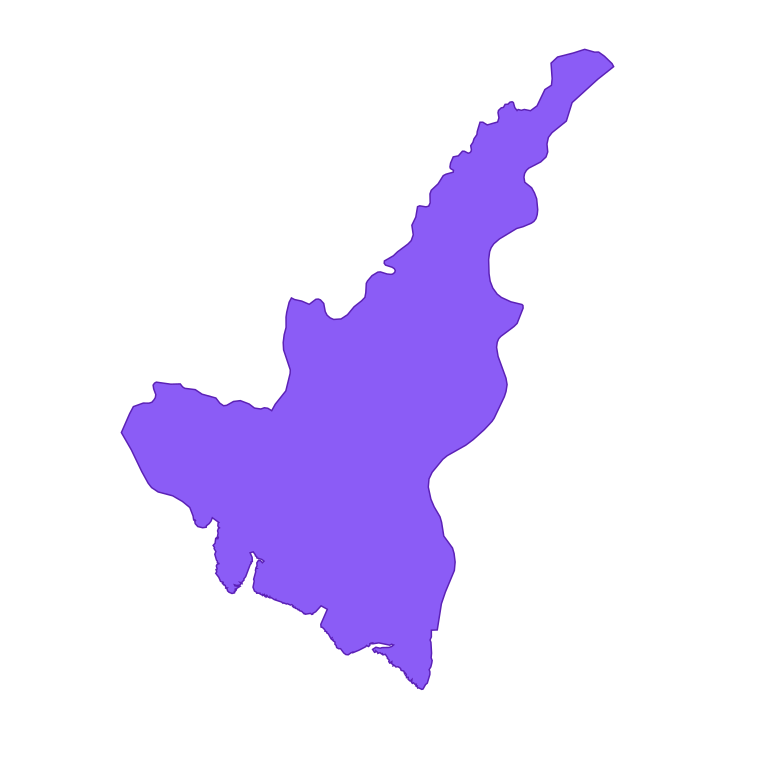 outline of Cotabato City, Cotabato, Philippines, rotated 263°
{"feature_id": "2640588B312406433782", "entity_name": "Cotabato City", "entity_type": "district", "adm_level": 2, "iso_a3": "PHL", "parent_name": "Philippines", "parent_adm1": "Cotabato", "projection": "orthographic", "projection_center": [124.192, 7.204], "detail": "fine", "context": "isolated", "style": "filled", "palette": "violet", "viewbox_px": 768, "rotation_deg": 263, "n_neighbors": 0, "source": "geoboundaries", "source_scale": "gbopen_adm2", "svg_char_len": 6139}
<svg xmlns="http://www.w3.org/2000/svg" viewBox="0 0 768 768"><g transform="rotate(263 384 384)"><path d="M133.4,406.9L158.9,414.2L170.1,419.6L190.3,431.1L198.6,432.9L207.3,432.9L212.9,432.0L225.8,424.8L239.8,424.3L245.4,423.4L256.0,418.8L264.0,416.5L276.3,415.4L284.3,417.1L290.5,421.0L302.1,433.2L305.2,438.1L313.4,457.9L318.1,466.0L326.5,478.0L333.8,486.7L336.7,489.2L356.7,501.9L361.7,504.2L368.4,506.1L374.9,505.8L397.5,500.6L406.7,500.2L411.7,501.5L415.0,503.4L417.0,505.7L425.2,520.0L427.9,523.5L442.3,531.3L445.0,531.5L446.1,530.6L450.1,520.0L455.6,511.1L459.4,507.3L465.9,503.7L473.1,501.9L480.6,501.7L494.6,503.0L502.5,505.0L506.3,507.0L509.8,510.1L514.0,516.4L522.2,534.7L523.2,541.2L525.7,549.9L527.1,552.6L529.6,555.0L533.4,556.7L538.2,557.8L549.2,558.1L555.4,556.6L560.7,554.5L567.1,548.3L572.2,548.1L575.8,549.2L578.7,551.4L580.6,554.0L585.3,566.6L589.6,572.5L594.4,574.8L602.3,575.0L608.7,577.2L613.0,581.4L622.7,597.0L640.4,605.0L660.3,633.1L671.0,650.6L674.2,649.4L682.5,642.7L687.3,637.5L687.7,633.5L691.7,624.0L689.5,612.4L687.4,596.1L682.1,588.9L666.5,588.1L660.1,586.6L656.7,579.6L641.4,569.8L637.4,562.7L639.4,556.7L638.9,553.7L640.1,550.6L639.2,549.4L642.4,547.5L647.6,546.7L648.5,545.6L648.4,543.4L646.6,541.1L646.8,538.3L644.0,536.3L643.8,534.0L641.6,531.0L639.4,530.2L634.2,530.5L630.2,528.7L628.6,518.0L631.8,514.0L632.1,511.2L623.2,507.3L620.2,506.6L616.4,503.2L613.0,501.7L610.0,499.1L605.8,499.3L604.2,498.7L603.1,497.4L602.8,495.7L605.2,492.2L605.5,490.2L601.4,485.6L601.0,480.4L595.2,477.0L591.4,475.9L589.8,476.2L587.6,479.0L585.8,478.5L584.7,471.1L583.6,468.2L576.1,462.1L570.5,454.5L567.1,452.8L558.2,451.9L555.1,450.0L554.7,447.3L556.5,441.1L555.9,438.9L545.8,435.9L538.2,431.0L528.5,431.2L523.0,428.5L520.0,424.8L513.6,413.6L510.1,408.9L506.1,399.4L503.8,398.9L501.8,400.0L498.9,406.3L497.2,408.3L495.2,409.0L493.4,408.2L492.0,405.8L492.0,404.1L492.8,400.5L495.7,394.1L495.8,391.5L493.0,385.3L488.3,380.2L486.1,378.7L477.0,377.1L472.3,375.6L469.3,371.9L464.3,363.7L457.2,356.2L453.8,349.3L454.2,341.9L456.2,338.6L459.2,335.9L463.0,334.5L471.3,334.0L475.2,331.2L476.3,329.2L476.4,326.7L472.2,319.5L476.3,312.5L478.7,305.6L480.7,302.6L476.7,299.8L467.1,296.2L462.3,294.9L452.1,293.7L445.0,290.9L437.4,289.0L430.1,288.5L409.4,292.7L405.9,292.1L389.1,285.7L377.2,273.6L371.2,269.3L374.1,265.7L375.0,262.3L374.2,258.7L375.9,252.5L380.6,247.7L385.0,239.4L385.0,232.5L382.0,225.2L382.0,222.1L385.0,218.7L390.6,215.4L396.1,202.1L401.4,196.0L404.0,185.7L405.7,183.7L408.9,181.8L409.8,172.4L413.6,158.2L412.8,156.3L411.0,154.7L407.3,154.8L401.3,156.2L398.4,155.4L396.3,153.7L394.2,151.4L393.6,148.4L394.4,142.7L392.1,132.5L385.5,127.9L367.8,117.4L349.4,125.2L326.6,132.9L314.1,137.9L309.5,140.7L304.4,146.6L298.8,160.6L292.0,169.6L285.1,176.2L276.3,178.4L272.3,178.5L272.3,179.3L271.5,179.4L272.0,180.7L270.6,179.5L268.4,179.6L265.2,181.8L263.4,186.5L263.5,190.1L265.0,190.5L266.7,193.4L269.1,195.7L272.2,197.3L266.7,203.2L266.2,202.4L263.4,201.8L261.7,202.5L261.2,203.8L261.2,202.2L258.5,200.9L256.3,201.2L253.2,200.2L252.0,200.9L250.7,200.2L250.9,199.3L252.0,199.3L251.2,198.1L246.5,196.9L244.6,194.7L242.4,195.8L241.3,195.3L238.2,196.7L235.6,195.3L229.5,196.3L228.6,197.0L226.9,196.8L225.7,198.8L225.8,197.7L224.8,195.9L223.8,195.4L221.1,195.8L220.1,195.4L220.2,194.7L217.9,195.1L216.6,193.9L212.2,196.5L208.0,197.7L206.5,200.8L206.6,199.4L205.7,199.3L204.2,200.7L203.3,200.6L204.2,200.9L203.3,201.9L201.2,202.1L200.8,203.3L200.4,202.4L199.8,203.3L197.8,203.5L196.2,204.8L194.6,207.6L194.9,210.1L196.2,210.2L196.1,210.9L197.9,211.5L197.4,212.1L198.0,212.4L198.8,210.7L198.5,211.8L200.5,216.0L201.9,211.4L202.9,211.1L202.0,213.1L202.0,216.8L203.3,217.4L203.2,218.1L204.5,217.1L204.2,217.9L203.5,218.5L203.5,218.8L204.6,218.8L206.5,221.2L207.6,221.1L209.6,223.2L220.9,229.1L222.2,230.4L223.4,230.2L223.8,231.7L228.1,232.0L232.8,230.5L233.3,233.7L230.1,235.5L229.2,235.4L228.1,236.6L226.9,236.6L224.7,241.5L222.8,243.3L221.4,241.5L223.6,239.9L224.3,237.9L222.0,236.0L219.0,235.8L217.1,234.5L216.6,235.1L216.6,234.4L214.9,233.7L213.3,233.8L206.0,230.8L204.3,231.2L198.3,229.2L194.3,230.2L192.5,232.4L191.9,232.2L191.4,235.4L190.8,235.3L189.3,237.4L189.7,237.8L188.9,238.0L189.5,238.8L188.4,239.5L189.1,239.8L187.6,240.3L188.3,241.3L187.5,241.3L187.8,241.9L187.2,241.7L187.5,242.3L186.4,243.4L185.9,244.4L186.6,244.8L185.6,245.0L185.8,245.9L183.2,249.0L183.4,250.3L182.7,250.2L180.1,255.7L178.7,257.0L179.0,257.6L177.5,260.4L177.8,261.2L176.0,264.2L176.3,265.5L174.9,266.8L174.4,266.2L173.7,266.8L173.0,267.6L173.4,268.4L172.1,268.9L171.6,270.3L170.3,271.3L170.5,272.1L169.3,272.6L168.3,274.7L165.6,276.7L166.1,277.9L165.5,277.4L165.1,277.9L165.3,283.1L164.1,284.2L164.2,285.2L164.9,285.3L166.3,288.5L171.5,294.5L167.3,300.3L153.2,292.0L150.4,291.9L150.0,293.1L148.2,294.6L146.4,295.6L145.8,295.3L145.1,296.9L143.9,296.9L142.8,298.3L137.8,300.3L138.2,301.3L137.1,300.8L136.1,301.7L136.4,302.2L135.1,302.4L133.9,303.9L131.6,303.6L130.4,304.6L128.2,304.9L126.8,306.7L126.6,308.6L121.9,311.3L120.1,313.2L119.6,315.5L121.2,318.5L121.7,320.4L121.1,320.4L122.8,326.6L125.5,333.9L126.6,334.8L125.3,336.5L126.2,338.0L128.0,338.3L128.4,339.6L128.4,340.5L127.8,340.2L128.0,341.6L127.5,341.5L127.7,347.3L124.1,357.9L124.8,359.8L123.8,361.7L122.5,359.7L121.9,356.8L122.6,350.0L122.2,347.9L123.7,343.9L122.0,340.3L118.8,341.9L119.1,343.2L120.1,343.4L118.2,345.1L117.4,345.1L117.9,347.3L116.3,348.7L116.6,349.5L115.3,349.9L115.5,352.4L111.9,354.2L111.4,353.9L109.2,355.6L108.0,354.9L106.4,355.6L107.5,357.9L106.7,357.8L106.2,356.8L104.2,359.0L103.2,358.6L103.4,360.0L101.7,361.3L101.7,363.4L100.8,364.6L99.7,365.7L97.7,366.1L96.6,368.7L94.1,369.1L94.7,369.7L93.0,370.7L92.2,369.9L91.1,370.7L89.8,370.6L89.8,372.3L87.9,372.0L85.9,373.8L87.3,375.7L84.4,375.0L83.4,375.7L83.9,376.8L82.3,378.0L82.1,379.4L81.2,379.0L80.6,379.8L80.3,379.0L79.3,380.2L78.1,380.4L78.2,381.4L76.3,384.3L76.5,385.6L80.6,388.6L81.8,390.5L90.0,394.1L92.8,394.5L95.0,394.0L97.5,396.0L101.2,397.4L103.7,398.1L106.5,397.4L111.0,398.4L121.9,399.1L124.3,398.5L127.2,400.2L133.9,401.0L133.4,406.9Z" fill="#8b5cf6" stroke="#5b21b6" stroke-width="1.5"/></g></svg>